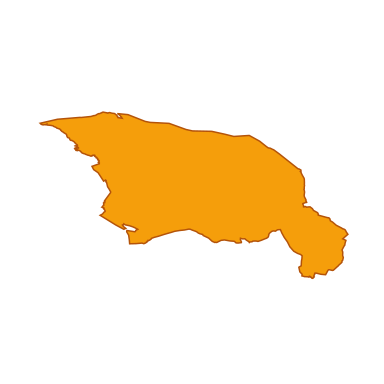 the district of Tinn nor, Telemark, Norway, rotated 9°
{"feature_id": "86288312B25517815255384", "entity_name": "Tinn nor", "entity_type": "district", "adm_level": 2, "iso_a3": "NOR", "parent_name": "Norway", "parent_adm1": "Telemark", "projection": "robinson", "projection_center": [8.504, 59.975], "detail": "fine", "context": "isolated", "style": "filled", "palette": "amber", "viewbox_px": 384, "rotation_deg": 9, "n_neighbors": 0, "source": "geoboundaries", "source_scale": "gbopen_adm2", "svg_char_len": 5888}
<svg xmlns="http://www.w3.org/2000/svg" viewBox="0 0 384 384"><g transform="rotate(9 192 192)"><path d="M349.3,225.6L350.9,221.0L351.2,220.7L351.2,218.6L351.6,215.7L348.2,214.7L352.6,209.4L350.6,207.3L349.4,205.6L348.5,205.1L347.5,204.8L346.7,204.8L345.5,204.2L339.7,202.3L335.5,199.7L333.2,198.8L332.6,197.6L332.6,197.2L331.3,196.1L329.5,196.1L320.3,195.1L320.1,194.7L320.2,194.1L319.3,192.8L314.9,191.2L313.5,189.6L310.9,188.2L309.0,188.6L307.5,189.1L306.6,188.6L306.0,188.7L305.0,189.2L304.5,189.2L304.4,188.7L304.3,187.9L304.0,187.5L303.4,186.8L303.3,186.1L306.8,184.1L306.6,183.9L306.6,184.1L306.4,184.0L306.2,183.7L306.2,183.3L305.9,183.0L306.0,182.9L305.8,181.9L303.8,179.2L303.3,177.8L303.2,174.5L302.7,172.9L302.1,171.8L302.4,171.4L302.1,169.8L302.1,167.8L301.8,167.1L301.6,165.3L300.9,161.7L300.4,160.7L298.6,158.5L297.2,156.6L296.5,155.3L295.9,154.9L296.4,154.5L296.1,153.7L296.2,153.4L296.0,153.2L294.8,152.8L294.2,152.5L293.1,152.5L272.2,140.7L266.0,137.5L265.0,137.3L262.5,136.5L260.4,136.5L258.2,135.4L250.8,131.2L239.7,127.2L224.6,130.6L215.4,129.8L202.0,129.0L183.0,131.6L176.3,131.2L158.6,127.8L139.8,129.8L134.7,129.6L116.6,125.6L106.6,126.2L106.6,126.4L107.5,126.8L107.7,127.0L108.9,127.6L109.3,128.1L110.8,129.2L111.0,129.7L111.4,130.1L107.4,130.1L107.4,129.8L106.8,129.6L106.7,129.2L106.3,128.9L105.8,128.0L105.3,127.7L104.7,127.5L103.5,126.7L102.8,126.6L100.6,126.7L98.3,126.4L97.4,126.7L97.3,126.9L96.1,127.3L96.0,127.1L91.6,127.0L90.6,127.6L90.5,127.9L89.5,128.3L88.6,129.0L87.2,129.3L86.8,129.7L85.8,130.4L85.5,130.8L84.1,131.7L83.3,131.8L80.4,133.2L71.0,135.7L69.4,135.9L47.7,141.2L31.4,147.8L31.6,147.9L31.7,148.2L32.0,148.4L32.2,148.6L33.6,149.0L34.9,148.9L35.6,148.6L37.2,148.5L37.4,148.4L37.5,147.9L38.0,147.7L37.9,148.1L37.9,148.4L38.5,148.5L42.0,148.3L44.4,148.4L45.2,148.9L47.4,149.4L48.1,149.7L48.6,150.1L49.1,150.1L50.2,150.3L50.5,150.4L51.0,150.3L51.7,150.6L51.8,150.8L52.6,151.2L52.8,151.4L52.7,151.6L52.8,151.7L53.5,152.0L53.8,152.4L55.6,153.1L55.8,153.4L56.7,153.6L57.3,154.0L57.8,154.1L58.5,154.4L58.7,154.7L59.1,154.9L59.5,156.0L59.8,156.3L59.9,156.8L60.3,157.2L60.5,157.3L60.6,157.6L62.5,158.0L62.9,158.6L63.0,159.0L63.7,159.8L64.6,160.0L65.1,159.8L65.5,159.9L67.8,160.9L68.4,161.4L68.9,162.0L69.4,162.1L70.0,162.8L70.5,163.0L71.0,163.2L71.1,163.5L71.4,163.5L71.6,163.9L71.6,164.4L70.1,164.5L69.8,164.6L70.0,164.7L69.9,164.8L70.9,164.9L71.1,165.3L71.9,165.7L72.3,165.7L72.9,166.0L73.0,166.2L73.0,166.4L72.6,166.5L72.0,166.4L70.2,166.6L69.7,166.8L69.5,167.2L69.5,167.4L69.3,167.6L69.5,167.8L69.9,167.9L70.7,167.7L72.2,168.2L72.1,168.6L71.6,168.3L71.0,168.5L70.7,168.7L70.7,168.9L71.1,169.1L72.3,168.9L72.3,169.0L72.2,169.1L72.8,169.2L72.4,169.0L72.7,168.7L73.1,168.6L74.5,168.7L76.1,169.6L76.4,170.1L77.0,170.5L78.8,171.0L80.1,171.1L81.3,171.5L82.5,171.7L83.2,171.9L85.0,172.0L86.1,172.4L87.1,172.3L87.6,172.0L87.4,171.9L87.6,171.6L88.5,171.1L90.1,170.9L90.3,171.0L90.1,171.4L90.0,171.5L90.5,172.1L92.3,172.7L92.1,173.2L93.3,173.6L93.3,173.8L93.6,174.3L94.0,174.4L93.8,174.9L93.9,175.0L95.2,175.5L95.4,175.7L95.4,176.3L95.2,176.5L95.2,177.1L95.5,177.4L95.1,177.5L95.9,178.1L96.0,178.6L89.2,182.3L91.4,185.3L96.2,187.6L103.0,195.1L104.8,193.7L105.4,194.2L105.5,194.4L105.3,194.5L105.4,195.0L105.3,195.4L106.2,196.1L107.8,200.0L109.6,202.0L111.7,204.7L111.6,205.5L107.1,214.2L107.3,214.3L107.2,214.5L107.3,214.6L107.1,214.9L107.4,215.1L107.3,215.8L107.4,216.0L107.0,216.1L107.1,216.3L106.4,216.6L106.6,217.1L106.5,217.5L106.6,217.9L106.9,218.4L106.8,218.7L106.9,219.1L106.3,219.5L106.0,220.0L105.8,220.4L105.6,220.9L105.4,221.1L105.7,221.2L105.9,221.1L106.3,221.4L106.6,221.4L106.5,221.5L106.9,221.7L106.6,221.8L107.0,221.8L107.2,222.0L107.5,222.1L107.7,222.4L107.6,222.6L108.4,223.2L109.2,224.3L109.2,224.9L108.2,225.7L107.1,227.7L104.9,229.4L121.9,236.5L130.5,239.5L132.3,238.3L129.8,236.9L128.4,235.5L128.9,235.1L129.4,235.0L129.6,234.1L131.2,234.9L135.6,235.1L139.1,235.7L142.0,236.5L142.5,236.8L144.1,237.2L144.3,237.3L142.6,238.6L142.2,239.8L141.8,240.2L133.7,240.2L133.7,241.5L136.2,244.6L137.6,249.2L138.5,252.9L145.0,251.7L150.6,250.3L152.6,250.6L153.3,250.0L154.1,249.7L154.4,249.4L154.7,248.8L155.2,248.7L155.3,248.5L155.1,248.3L155.5,247.6L156.0,247.5L156.2,247.2L156.6,247.2L156.4,247.1L156.5,247.0L156.4,246.9L156.3,246.7L157.1,246.6L157.5,246.2L157.9,246.0L158.2,245.7L158.6,245.3L158.7,245.1L159.0,244.9L159.0,244.7L159.3,244.1L161.8,242.7L165.9,240.9L171.2,238.2L175.7,236.1L177.5,235.3L181.1,233.5L186.0,231.9L190.5,230.7L194.8,229.1L196.3,229.1L198.1,229.6L200.4,230.0L202.7,230.5L204.5,231.5L206.3,232.0L209.2,232.3L209.8,233.2L215.6,234.9L219.7,237.6L222.5,238.3L223.0,238.0L224.3,238.0L228.3,235.2L231.5,234.3L237.3,234.4L240.9,234.1L241.7,234.2L243.5,235.4L245.5,235.2L248.6,234.3L248.7,233.7L247.2,231.5L247.1,230.1L248.8,230.4L249.8,230.3L251.5,229.9L252.0,230.3L253.4,231.1L256.0,232.2L256.5,232.9L257.0,232.3L259.2,231.7L259.8,231.0L261.7,230.6L263.1,230.4L264.8,230.5L265.1,230.4L268.3,228.7L271.4,226.8L272.9,226.0L274.1,224.8L274.4,224.2L274.6,222.3L274.4,221.9L275.0,220.7L275.3,220.2L277.1,218.3L278.5,217.7L280.6,217.6L282.4,215.9L285.2,215.3L287.1,218.4L290.2,222.4L294.0,226.3L297.3,230.9L301.8,234.6L305.8,236.1L308.9,236.7L310.7,237.7L311.0,240.7L310.9,243.0L311.4,247.8L309.3,249.6L311.0,254.0L313.6,256.0L313.7,257.7L315.2,257.8L316.2,258.0L319.9,257.6L320.8,257.8L321.1,257.6L320.9,257.2L321.0,256.9L321.3,256.8L322.2,257.0L322.5,257.3L322.7,257.7L323.4,257.7L323.7,258.3L324.8,258.4L326.0,256.7L325.4,256.2L325.6,255.3L326.1,254.0L326.1,253.8L325.9,253.7L326.1,252.9L327.4,252.7L332.3,253.1L336.9,252.8L338.6,248.0L339.2,247.4L339.7,247.3L343.0,247.5L343.9,247.1L345.3,245.4L347.2,243.0L347.8,242.4L348.2,241.6L350.7,238.5L351.1,237.8L350.9,236.6L351.5,235.9L351.7,233.1L350.7,231.1L350.6,230.3L350.4,228.3L350.1,227.3L349.5,226.3L349.3,225.6Z" fill="#f59e0b" stroke="#b45309" stroke-width="1.5"/></g></svg>